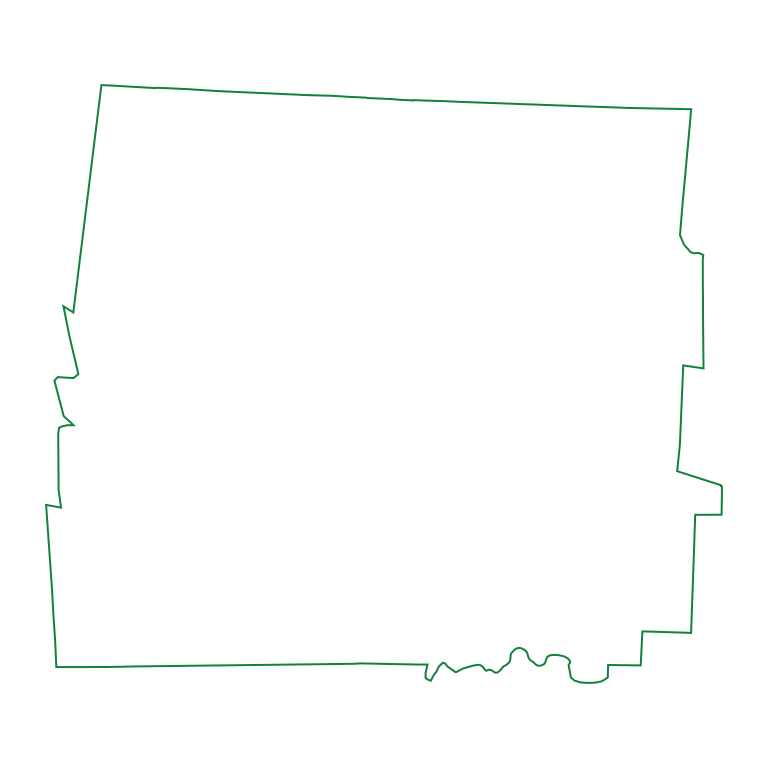 the district of Hualahuises, Nuevo León, Mexico
{"feature_id": "50627088B9840783039526", "entity_name": "Hualahuises", "entity_type": "district", "adm_level": 2, "iso_a3": "MEX", "parent_name": "Mexico", "parent_adm1": "Nuevo León", "projection": "natural_earth1", "projection_center": [-99.659, 24.884], "detail": "fine", "context": "isolated", "style": "outline", "palette": "green", "viewbox_px": 768, "rotation_deg": 0, "n_neighbors": 0, "source": "geoboundaries", "source_scale": "gbopen_adm2", "svg_char_len": 2850}
<svg xmlns="http://www.w3.org/2000/svg" viewBox="0 0 768 768"><path d="M101.4,85.1L93.7,147.4L86.3,207.5L73.3,312.5L63.5,306.3L69.6,337.2L69.7,337.4L78.4,374.2L73.4,378.1L57.8,377.1L54.4,380.6L63.7,416.1L73.5,425.2L67.1,425.2L61.8,426.5L59.0,427.8L58.4,432.9L58.2,434.0L58.6,489.7L61.0,507.6L46.1,504.9L52.0,589.1L53.5,616.2L55.0,638.5L55.3,643.8L56.3,667.1L107.1,667.0L138.3,666.4L353.3,663.8L361.1,663.4L410.2,664.4L410.9,664.4L411.1,664.4L411.4,664.4L414.4,664.5L427.5,664.5L425.6,672.9L425.6,678.0L427.4,679.4L430.9,680.7L432.4,677.5L434.4,674.1L436.5,671.7L437.5,669.1L439.1,666.3L441.3,664.2L442.9,662.7L445.0,663.4L446.1,664.7L447.5,666.5L449.8,668.1L452.1,669.7L454.8,671.6L455.4,672.1L456.2,672.1L463.1,668.5L473.3,665.6L478.1,664.8L480.6,665.3L482.8,666.8L484.1,668.6L485.3,670.2L486.1,670.7L487.0,670.5L487.7,670.1L489.0,669.7L490.9,670.0L492.5,670.8L493.9,671.9L495.2,672.7L497.6,672.5L499.1,671.3L501.9,668.4L503.2,666.6L505.5,665.4L506.8,664.5L508.9,662.7L510.0,660.8L510.4,658.6L510.5,657.0L510.7,655.1L510.9,654.0L511.7,652.8L512.4,652.0L513.5,650.8L514.5,649.8L515.9,648.8L517.8,648.1L519.4,647.9L520.9,648.2L522.3,648.7L523.4,649.3L524.6,650.0L525.7,650.8L526.7,652.0L527.1,652.9L527.6,654.4L528.0,656.3L528.7,657.8L529.8,659.7L531.8,661.2L533.5,662.3L535.0,663.9L536.7,665.1L538.9,665.9L541.7,665.3L544.0,664.2L545.3,662.2L546.5,658.7L547.5,656.7L549.7,655.4L552.3,655.0L557.1,654.9L560.7,655.6L563.9,656.3L567.9,658.4L570.0,661.2L569.9,663.1L568.6,664.9L570.9,677.5L574.7,680.7L581.0,682.5L587.9,682.9L592.6,682.8L596.6,682.4L601.5,681.4L604.3,679.8L607.8,677.4L608.1,665.0L640.7,665.4L642.4,631.4L642.5,631.4L650.2,631.6L666.9,632.1L682.5,632.6L691.1,632.9L692.1,603.8L692.8,584.7L693.7,558.9L693.7,558.2L694.1,547.5L695.2,514.8L705.2,514.8L721.6,514.7L721.9,493.1L721.9,486.6L721.7,486.5L721.0,486.2L721.1,485.7L721.1,485.3L677.2,471.2L679.9,444.4L683.2,366.4L683.2,365.4L703.5,368.4L703.5,366.6L703.1,325.3L703.0,311.6L703.0,298.8L702.9,290.5L702.8,278.1L702.8,263.7L702.7,261.0L703.3,255.0L698.5,252.9L693.9,253.3L690.6,252.1L684.1,244.8L680.0,235.3L681.8,213.0L681.9,210.9L682.1,209.4L682.6,203.5L683.2,197.3L683.8,191.0L684.1,187.1L684.5,183.1L685.3,174.7L685.6,170.9L687.3,151.9L687.5,150.5L687.5,150.2L687.6,149.1L691.2,109.2L656.1,108.5L655.1,108.5L654.8,108.5L653.7,108.5L646.6,108.3L634.7,108.1L626.8,107.9L617.2,107.5L593.7,106.7L593.1,106.7L573.7,106.0L573.3,106.0L569.6,105.8L558.1,105.4L557.3,105.4L536.7,104.6L536.1,104.6L508.5,103.6L458.3,101.8L443.5,101.1L429.3,100.7L413.4,100.1L413.1,100.5L410.5,100.3L396.0,99.6L395.6,99.3L367.4,98.0L365.8,97.6L349.4,96.9L332.5,95.8L306.5,95.1L304.4,95.0L296.4,94.6L286.5,94.2L271.8,93.5L244.3,92.3L216.7,91.0L192.7,89.5L192.4,89.4L170.1,88.3L156.0,87.8L155.6,88.1L131.1,86.7L121.2,86.1L114.1,85.7L103.7,85.2L101.4,85.1Z" fill="none" stroke="#15803d" stroke-width="2"/></svg>